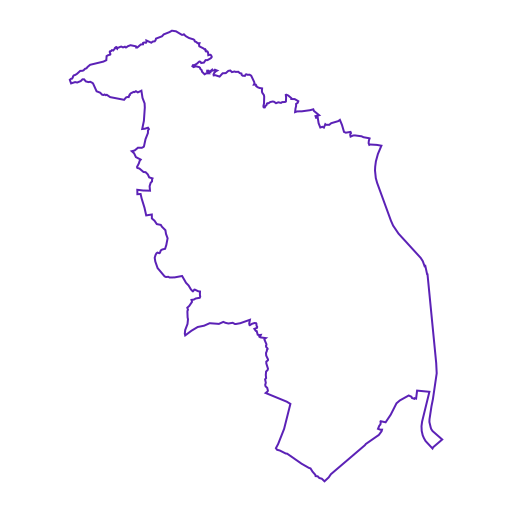 Motaieni, Dâmbovita, Romania
{"feature_id": "2599482B19115351514525", "entity_name": "Motaieni", "entity_type": "district", "adm_level": 2, "iso_a3": "ROU", "parent_name": "Romania", "parent_adm1": "Dâmbovita", "projection": "albers", "projection_center": [25.393, 45.104], "detail": "fine", "context": "isolated", "style": "outline", "palette": "violet", "viewbox_px": 512, "rotation_deg": 0, "n_neighbors": 0, "source": "geoboundaries", "source_scale": "gbopen_adm2", "svg_char_len": 5901}
<svg xmlns="http://www.w3.org/2000/svg" viewBox="0 0 512 512"><path d="M398.5,233.6L393.1,225.6L390.9,220.6L377.1,182.8L375.8,178.1L375.0,170.4L375.2,166.6L375.9,161.3L377.9,154.0L381.4,145.7L376.9,144.9L370.2,144.5L369.3,144.9L368.6,143.1L368.9,140.5L369.6,138.4L369.0,138.2L363.4,137.2L361.6,136.3L354.9,135.4L353.1,135.5L350.6,136.6L350.2,135.0L350.3,134.1L351.0,133.1L350.5,131.9L345.8,132.7L344.0,131.9L342.0,125.0L339.9,119.9L338.3,121.1L331.2,123.2L329.3,124.8L326.0,124.8L325.3,124.2L323.9,127.6L322.4,126.8L320.3,127.5L318.6,123.2L317.7,117.5L316.1,117.8L315.5,116.1L319.1,115.2L313.9,110.9L313.3,109.3L310.0,110.2L302.0,111.3L297.2,111.4L295.1,112.1L295.5,108.5L296.1,106.1L296.1,103.9L297.7,102.8L298.3,101.2L294.7,99.1L291.3,99.0L291.3,98.1L288.2,95.5L286.3,94.7L285.8,94.9L286.1,97.7L285.9,101.5L285.0,102.0L282.2,102.1L281.0,102.9L278.3,102.3L276.0,103.2L274.1,101.8L272.8,101.5L270.3,102.0L268.4,103.3L267.5,103.2L266.9,103.6L266.6,104.9L265.4,106.1L264.8,107.4L264.0,107.5L263.5,107.0L263.4,106.0L264.0,103.6L264.2,96.7L263.9,95.1L262.2,92.6L261.9,91.1L262.1,88.4L259.6,88.0L257.8,87.3L256.2,86.2L256.3,85.4L255.8,84.7L253.8,84.7L254.5,83.3L254.1,81.8L251.2,75.7L249.6,74.7L247.7,74.8L246.3,74.3L245.7,74.5L244.9,75.9L242.6,75.7L241.7,74.9L241.4,73.5L239.7,73.1L238.4,71.8L235.6,71.9L234.5,71.5L231.9,72.1L230.3,70.5L228.3,70.9L225.8,73.1L222.6,73.3L219.6,76.6L215.3,75.2L213.7,75.4L213.5,74.4L214.2,72.9L215.8,71.3L217.1,70.6L214.9,69.7L214.3,70.3L212.2,70.7L212.0,69.8L210.8,70.8L210.5,72.2L210.0,72.1L208.6,70.7L207.2,70.7L207.1,71.4L208.7,73.3L206.3,73.3L204.6,74.3L202.0,71.7L201.7,70.2L200.3,68.9L200.0,67.8L199.2,67.1L195.9,66.3L193.6,67.1L192.4,66.2L193.0,65.1L194.4,65.1L196.9,63.7L199.1,61.7L199.8,61.5L200.7,62.1L201.2,63.0L203.9,62.6L205.6,60.1L207.5,60.1L210.8,58.2L211.6,57.3L211.7,56.6L211.0,55.2L210.1,54.7L208.3,55.2L208.0,52.4L207.4,51.4L206.1,51.5L205.6,50.9L205.8,50.1L205.2,49.2L204.6,49.4L203.6,48.5L199.3,46.3L199.0,44.6L199.5,43.2L197.5,43.2L196.5,42.1L194.8,41.4L194.4,40.1L193.5,39.4L189.0,38.0L185.7,36.1L183.9,34.3L183.0,34.8L181.8,34.8L176.0,31.3L171.9,30.7L169.5,32.1L163.7,34.4L162.0,36.3L156.0,38.6L155.5,40.3L154.7,41.3L152.7,41.6L151.3,42.7L146.4,40.5L146.5,41.8L145.9,42.8L144.2,42.5L143.3,42.8L143.0,43.0L143.0,44.3L140.8,44.5L137.3,47.5L136.2,47.5L136.1,46.5L135.8,46.3L130.5,45.2L127.9,46.2L126.2,47.4L125.6,47.4L124.9,46.7L123.0,47.4L121.3,46.6L120.4,46.8L117.2,48.2L117.1,48.7L116.6,48.3L116.5,47.1L116.2,47.0L114.9,48.0L114.9,48.5L113.2,50.5L112.0,50.1L111.2,51.0L110.0,51.3L109.7,51.9L110.4,54.1L110.2,54.6L107.9,55.3L106.6,56.1L106.3,60.2L103.4,61.6L90.1,64.8L87.5,67.0L86.5,68.3L85.0,68.8L83.5,70.4L82.2,70.8L80.2,70.9L76.9,73.9L75.3,74.9L73.8,75.4L73.0,76.4L72.8,77.5L72.1,78.6L71.0,78.8L69.8,79.8L71.1,83.4L75.1,82.1L77.2,82.5L80.7,81.1L82.5,79.3L84.1,79.3L85.8,81.4L88.4,82.1L90.3,81.8L92.6,83.0L93.2,83.8L96.6,91.3L100.2,92.7L102.1,94.7L103.6,95.0L104.6,94.5L105.8,95.2L106.8,94.8L110.1,97.1L124.1,99.8L126.0,97.5L127.3,97.0L128.7,97.1L129.2,95.5L129.8,95.1L129.7,94.5L130.7,93.4L133.6,91.9L134.5,92.1L135.9,91.2L137.8,92.4L141.4,90.7L142.5,97.9L144.6,103.4L144.8,107.6L143.9,120.8L142.2,129.0L144.9,128.7L148.0,127.7L148.9,129.1L148.0,130.4L147.9,133.1L145.5,139.2L144.0,146.2L143.6,146.9L141.8,147.8L138.0,147.7L134.6,150.5L131.8,151.2L134.1,153.3L135.9,157.1L140.7,159.6L139.6,161.0L138.9,163.3L137.0,167.0L137.4,168.0L139.4,168.5L143.5,172.0L145.6,172.2L147.8,174.4L149.2,177.4L152.5,178.4L152.1,179.3L152.0,181.4L150.6,182.9L149.6,186.2L150.0,190.7L143.1,190.5L137.3,189.8L137.4,194.2L140.6,194.0L141.6,198.4L144.5,207.8L146.2,215.4L151.8,214.5L151.9,218.5L154.5,220.7L156.8,224.1L160.8,224.9L161.9,226.7L165.4,230.2L166.0,233.9L167.6,238.3L166.3,245.0L165.1,248.8L162.2,249.5L160.8,250.4L159.9,252.8L159.3,253.2L157.4,252.6L156.4,253.4L155.5,255.1L154.7,257.8L155.3,261.5L157.6,268.1L164.6,276.4L166.0,277.0L168.3,276.8L169.6,277.5L174.6,277.4L182.1,276.0L186.0,282.8L188.6,285.5L190.9,289.4L192.7,291.3L193.0,291.3L194.4,289.6L194.8,289.6L198.3,291.3L200.0,291.5L199.9,294.7L200.2,296.7L199.7,297.8L195.7,298.5L193.8,299.6L191.5,299.9L192.0,301.9L189.2,306.0L187.3,307.7L188.0,309.8L187.5,310.7L187.4,311.7L187.6,317.5L188.0,319.2L187.5,324.0L185.2,330.0L184.8,333.7L185.2,335.4L191.5,330.7L197.7,327.0L204.1,325.7L209.7,323.2L218.9,323.9L223.3,321.9L225.4,322.8L228.4,323.5L232.7,322.8L234.9,324.0L235.9,324.0L240.3,323.2L249.9,319.8L249.2,323.6L249.5,325.0L249.8,325.2L252.0,323.8L254.5,323.0L256.1,323.2L256.4,323.7L256.5,325.6L257.2,326.9L257.0,327.8L254.4,328.9L255.8,330.9L256.7,331.1L257.7,334.7L259.2,335.1L260.8,334.9L260.5,335.6L259.2,336.1L259.4,336.8L260.5,337.4L265.7,338.1L264.6,338.9L264.4,339.5L266.4,344.2L266.4,345.0L266.0,345.7L266.1,346.8L267.6,348.6L267.6,349.1L266.9,349.9L266.9,350.8L266.0,353.0L266.2,355.6L268.0,359.4L267.9,360.3L266.3,361.6L266.3,363.4L268.0,368.8L267.5,370.2L266.1,371.5L265.8,375.0L266.1,378.1L265.1,379.3L265.8,382.8L265.2,384.9L265.6,386.4L267.2,387.8L267.9,390.6L267.6,391.4L265.7,393.0L286.8,401.7L290.4,403.9L284.1,428.9L278.1,444.1L275.9,448.2L277.1,449.8L279.8,450.5L285.7,453.5L287.2,453.7L301.7,463.8L308.9,467.9L310.5,468.4L312.5,471.6L315.3,474.8L315.6,476.1L317.7,476.3L319.3,478.0L321.8,478.7L324.5,481.3L328.7,477.4L330.9,474.2L364.9,445.2L365.8,444.0L378.9,434.9L381.6,431.2L382.0,429.7L380.3,429.7L378.0,428.8L379.3,425.7L380.4,424.5L380.7,422.6L380.5,421.4L380.7,421.2L385.6,422.3L390.7,414.7L396.5,403.3L399.9,400.4L408.7,395.5L411.4,396.7L412.0,398.0L414.3,398.8L414.6,398.2L416.1,398.6L417.1,390.6L429.4,391.8L422.1,421.6L421.5,426.2L421.7,430.9L422.7,435.3L423.9,438.1L425.6,441.1L432.5,448.5L433.2,447.2L442.2,439.5L432.6,431.1L431.3,429.2L430.7,427.5L429.4,422.0L429.5,419.2L431.5,406.1L432.9,399.2L436.7,373.3L436.2,363.1L427.5,274.3L427.1,274.2L425.3,265.9L424.6,266.2L422.8,261.2L420.7,257.9L398.5,233.6Z" fill="none" stroke="#5b21b6" stroke-width="2"/></svg>